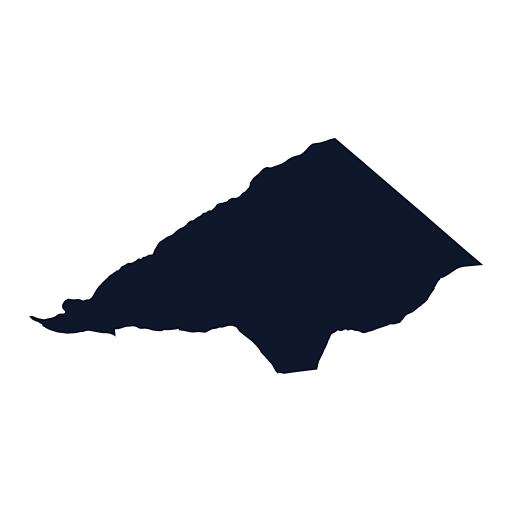 Ixtenco, Tlaxcala, Mexico
{"feature_id": "50627088B21449588442490", "entity_name": "Ixtenco", "entity_type": "district", "adm_level": 2, "iso_a3": "MEX", "parent_name": "Mexico", "parent_adm1": "Tlaxcala", "projection": "orthographic", "projection_center": [-97.922, 19.26], "detail": "fine", "context": "isolated", "style": "filled", "palette": "ink", "viewbox_px": 512, "rotation_deg": 0, "n_neighbors": 0, "source": "geoboundaries", "source_scale": "gbopen_adm2", "svg_char_len": 6048}
<svg xmlns="http://www.w3.org/2000/svg" viewBox="0 0 512 512"><path d="M425.3,216.1L414.8,207.2L407.6,201.0L398.3,193.1L375.7,173.7L364.9,164.5L364.2,163.7L355.7,156.6L343.9,146.5L335.0,138.9L333.8,138.9L332.6,139.4L330.1,140.0L327.5,141.0L324.7,141.9L322.9,142.4L320.2,143.3L315.4,143.9L313.9,144.1L312.7,144.4L311.3,145.3L309.7,146.8L308.3,148.3L306.2,150.6L304.2,152.6L302.6,153.9L301.0,155.0L299.2,155.7L294.8,156.9L292.4,157.7L288.6,159.8L285.9,162.0L281.8,164.4L270.7,168.3L266.7,167.7L263.5,169.3L259.3,173.8L253.8,178.5L250.6,183.1L250.4,185.4L250.3,186.1L249.7,187.6L249.0,188.4L247.6,189.8L247.2,190.2L246.9,190.5L246.5,191.0L246.2,191.5L245.6,192.0L245.1,192.4L244.3,192.7L243.1,193.4L242.1,194.4L240.7,196.1L238.6,197.8L235.9,198.6L234.5,198.7L233.9,198.6L232.9,198.6L231.8,198.8L230.4,199.4L229.0,200.4L228.5,201.1L227.2,202.0L226.5,202.4L225.9,202.6L225.3,202.6L224.7,202.6L223.9,203.1L222.9,203.4L222.1,203.6L221.2,203.5L218.4,204.3L217.2,205.1L216.5,206.1L215.8,207.4L214.0,208.9L212.8,210.1L212.0,211.0L209.1,211.2L208.0,211.8L206.9,212.8L206.0,213.3L204.9,213.3L203.5,213.6L202.5,214.7L201.6,215.5L201.0,216.1L200.3,216.8L198.8,217.1L195.6,219.3L194.1,220.7L193.2,221.0L191.8,221.2L190.5,221.5L189.0,222.5L186.7,225.2L185.0,226.6L183.2,227.9L180.9,228.7L178.6,230.1L176.3,231.9L175.2,233.0L173.7,234.4L172.2,235.5L170.7,236.2L169.4,236.6L167.2,237.6L164.7,239.4L159.7,242.7L158.0,245.2L155.5,249.5L154.7,251.2L154.1,252.9L153.6,254.1L152.7,255.2L149.0,255.5L146.0,257.2L144.9,257.5L143.7,257.6L143.3,257.7L143.0,258.0L141.6,259.3L141.1,259.8L140.8,259.9L140.5,259.9L139.7,259.3L138.9,259.2L138.5,259.3L136.7,260.9L135.4,261.8L133.9,262.5L132.8,263.2L132.0,263.5L130.7,263.6L128.7,263.6L128.1,263.7L124.0,266.3L122.3,266.8L121.1,268.1L120.8,268.9L120.0,269.6L119.9,269.8L119.6,270.1L118.8,270.8L118.1,271.2L117.6,271.3L116.7,271.2L115.7,272.6L115.1,272.8L114.4,272.9L114.1,273.4L113.5,273.9L112.4,274.6L110.8,275.6L109.8,276.1L109.1,276.9L108.7,277.7L107.9,278.3L106.9,279.2L103.9,282.1L102.9,283.0L100.5,285.8L99.5,286.4L98.7,287.5L96.3,291.1L94.2,294.7L93.2,296.6L92.3,297.8L89.6,300.0L88.8,300.2L87.3,300.1L85.7,300.5L83.5,301.3L81.9,300.9L80.0,300.2L78.5,299.8L73.9,300.1L71.7,300.0L70.2,299.8L68.4,299.4L67.6,299.7L66.8,300.2L65.7,300.7L64.5,302.2L63.8,303.3L62.9,305.0L62.8,305.9L62.9,306.9L63.1,308.0L64.4,309.6L65.1,310.1L66.0,311.4L66.0,312.4L65.7,313.0L65.1,313.7L63.1,314.6L62.5,314.4L61.8,314.2L60.6,314.5L59.7,314.4L59.1,314.5L58.5,315.0L57.6,315.5L57.1,315.8L57.0,316.1L56.1,316.7L55.2,317.1L54.3,317.6L52.8,318.2L48.6,319.0L44.2,320.1L42.9,319.9L38.8,319.1L37.2,318.6L34.8,317.7L32.0,316.7L30.7,316.8L32.6,318.9L36.0,320.6L37.3,320.9L38.4,321.3L39.2,321.8L40.0,322.5L41.3,323.1L42.9,323.9L43.2,325.6L44.9,326.4L46.0,327.2L48.5,328.6L50.4,329.3L51.6,329.8L53.1,330.2L57.3,331.6L60.8,332.1L62.6,332.2L64.9,332.6L66.7,332.9L74.4,332.5L75.6,332.3L77.4,332.0L78.7,331.7L79.9,331.4L82.1,331.2L83.5,331.1L85.5,330.3L88.5,329.9L100.3,332.0L102.5,332.3L103.2,332.4L107.5,332.5L109.5,332.9L110.5,333.1L113.4,334.3L114.0,334.6L114.7,335.1L114.1,328.4L115.3,328.5L116.4,328.5L117.9,328.4L120.4,327.8L125.8,326.1L126.8,326.0L127.7,326.0L132.9,325.5L133.9,325.6L135.4,325.9L136.5,326.2L138.7,327.4L140.2,328.0L141.5,328.1L144.9,327.9L148.0,328.3L149.0,328.5L150.4,329.0L152.7,329.7L155.0,330.0L158.7,330.4L161.2,330.4L162.1,330.2L162.8,329.7L163.2,329.4L163.7,329.4L164.7,329.3L166.9,329.4L169.1,329.4L170.8,329.2L176.3,328.6L176.8,328.2L177.1,328.1L177.7,328.1L178.3,328.0L179.1,328.6L179.7,329.3L179.7,329.6L183.6,330.1L189.9,331.4L191.8,331.7L192.6,331.7L194.5,331.7L197.0,331.3L199.2,331.3L204.9,332.0L205.7,331.7L209.0,330.0L210.6,329.2L212.3,328.4L213.6,328.3L216.3,327.9L218.9,327.0L220.3,326.7L221.7,326.9L222.5,326.8L224.5,326.2L227.9,325.2L229.1,325.0L230.2,325.1L232.2,325.0L232.7,325.1L236.6,326.6L240.4,331.5L252.9,341.2L256.3,344.8L259.8,348.8L261.6,352.3L265.2,355.9L265.7,356.6L271.7,363.2L273.3,365.6L275.8,370.3L277.4,372.1L277.4,371.9L281.6,372.5L283.5,372.8L283.8,373.1L289.7,372.2L297.9,371.1L314.2,369.1L315.6,368.8L316.5,368.9L318.3,360.8L318.7,360.3L321.3,355.0L322.6,352.4L323.6,350.0L326.1,344.8L326.8,343.3L327.8,340.2L328.8,338.6L330.3,334.7L330.7,334.0L331.1,334.0L331.6,333.5L332.2,333.0L334.1,332.0L335.8,331.0L336.4,330.5L336.8,329.9L337.0,329.7L337.4,329.6L337.8,329.6L338.8,329.8L339.6,330.1L341.4,330.2L342.3,330.0L343.5,329.2L343.9,329.1L344.9,328.9L345.5,328.4L346.0,328.3L346.4,328.3L346.6,328.3L346.7,328.5L346.9,328.9L347.2,329.5L347.6,329.7L348.1,329.7L349.0,329.5L350.0,329.0L350.4,329.0L351.0,329.0L352.5,329.2L353.9,329.7L354.4,329.9L356.2,330.2L357.4,330.2L358.3,330.4L359.3,330.8L360.5,331.2L361.4,331.7L362.0,332.0L362.6,332.2L363.4,332.4L363.7,332.5L364.2,332.2L365.4,332.1L366.3,331.9L367.1,331.6L368.6,331.0L368.9,330.9L370.0,330.8L372.6,330.0L374.2,329.4L374.7,329.1L375.8,328.7L376.8,328.2L377.6,328.1L380.2,327.1L381.7,326.7L383.3,326.1L385.4,325.4L387.0,325.0L387.7,324.5L388.9,324.1L389.3,323.8L389.8,323.6L393.0,323.6L393.3,323.7L394.5,323.6L395.0,323.4L396.6,322.8L397.2,322.8L399.0,322.3L399.9,321.8L400.2,321.4L400.9,320.5L401.4,319.9L401.8,319.6L402.2,319.2L402.7,318.4L403.2,317.8L404.1,316.6L404.5,316.1L404.9,315.8L405.0,315.6L405.2,315.1L405.3,314.9L405.6,314.8L405.8,314.8L406.8,314.0L407.5,313.7L408.2,313.3L409.4,312.9L410.0,312.5L410.3,312.3L411.3,312.0L412.3,311.6L413.9,310.5L414.4,310.0L414.8,309.6L415.5,309.1L416.5,308.3L417.4,307.6L418.5,306.5L419.4,306.0L420.0,305.7L420.4,305.4L421.2,304.4L421.5,304.0L422.7,303.5L422.9,303.3L423.2,302.8L423.4,302.6L423.9,302.5L425.5,300.9L425.9,300.5L426.8,299.7L427.2,298.9L428.3,296.9L429.8,294.4L433.9,288.7L434.0,288.3L434.0,288.1L433.8,287.8L433.7,287.5L433.6,287.3L433.6,287.0L434.1,286.8L434.7,286.0L436.7,282.5L437.6,280.9L437.9,280.5L438.9,279.6L439.2,279.4L439.3,279.1L439.4,278.5L439.7,278.0L440.6,277.5L441.2,277.2L443.1,276.8L447.7,274.2L456.3,268.4L460.6,266.6L463.9,266.0L473.5,265.1L481.3,264.4L463.1,249.0L453.0,240.2L426.2,217.0L425.3,216.1Z" fill="#0f172a" stroke="#020617" stroke-width="1.5"/></svg>